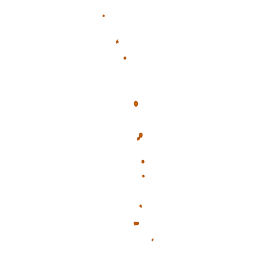 Northern Islands, Northern Islands, Northern Mariana Islands (Natural Earth projection)
{"feature_id": "39175420B77088391070908", "entity_name": "Northern Islands", "entity_type": "district", "adm_level": 2, "iso_a3": "MNP", "parent_name": "Northern Mariana Islands", "parent_adm1": "Northern Islands", "projection": "natural_earth1", "projection_center": [145.647, 18.28], "detail": "fine", "context": "isolated", "style": "filled", "palette": "amber", "viewbox_px": 256, "rotation_deg": 0, "n_neighbors": 0, "source": "geoboundaries", "source_scale": "gbopen_adm2", "svg_char_len": 3344}
<svg xmlns="http://www.w3.org/2000/svg" viewBox="0 0 256 256"><path d="M137.7,139.5L137.8,139.7L138.0,139.6L138.3,139.5L138.5,139.4L138.8,139.2L139.0,139.0L139.1,138.7L139.2,138.4L139.4,137.9L139.5,137.8L139.9,137.2L140.0,136.9L140.4,136.7L140.5,136.6L140.9,136.5L141.1,136.6L141.2,136.8L141.3,136.8L141.3,136.6L141.5,136.4L141.7,136.0L141.7,135.8L141.9,135.3L141.9,135.0L141.9,134.9L141.8,134.5L141.8,134.1L141.6,133.9L141.3,133.7L141.1,133.7L140.7,133.5L140.3,133.6L140.0,133.8L139.8,134.0L139.7,134.2L139.7,134.5L139.7,134.8L139.8,134.8L139.9,135.2L139.9,135.3L139.9,135.5L139.8,135.8L139.8,136.1L139.8,136.5L139.8,136.8L139.7,137.0L139.3,137.3L139.2,137.4L138.9,137.7L138.6,137.7L138.3,137.8L138.0,138.1L137.9,138.5L137.8,138.8L137.9,139.0L137.8,139.4L137.7,139.4L137.7,139.5ZM134.6,103.3L134.6,103.5L134.7,103.8L134.7,104.0L134.8,104.2L134.8,104.4L134.8,104.6L135.0,104.7L135.1,104.9L135.1,105.0L135.3,105.3L135.3,105.5L135.5,105.6L135.7,105.8L135.8,105.9L136.0,106.0L136.1,105.8L136.1,105.7L136.3,105.4L136.5,105.4L136.8,105.3L136.9,105.2L137.0,105.1L137.0,104.8L137.0,104.7L137.0,104.4L137.3,104.3L137.3,104.2L137.3,103.8L137.3,103.7L137.3,103.3L137.2,103.2L137.2,102.9L137.1,102.7L136.9,102.5L136.6,102.3L136.5,102.1L136.4,101.9L136.2,101.9L135.9,101.8L135.9,101.7L135.7,101.6L135.3,101.7L135.2,101.9L135.2,102.0L134.9,102.4L134.9,102.5L134.8,102.9L134.7,103.1L134.7,103.3L134.6,103.3ZM134.5,222.8L134.6,223.0L134.5,223.4L134.5,223.5L134.7,223.8L134.8,224.1L135.0,224.1L135.1,224.4L135.1,224.5L135.3,224.4L135.5,224.3L135.8,224.4L136.0,224.3L136.4,224.3L136.5,224.4L136.8,224.4L137.1,224.3L137.4,224.4L137.6,224.3L137.8,224.3L137.9,224.2L138.0,224.1L138.1,223.9L138.2,223.7L138.3,223.5L138.3,223.4L138.3,223.1L138.2,223.1L137.8,222.8L137.8,222.7L137.7,222.7L137.4,222.6L137.2,222.7L136.5,222.7L136.1,222.6L135.8,222.6L135.7,222.6L135.4,222.6L135.2,222.6L134.9,222.7L134.7,222.6L134.5,222.8ZM142.2,161.5L142.2,162.1L142.3,162.3L142.5,162.4L142.6,162.6L142.9,162.7L143.1,162.7L143.3,162.5L143.4,162.4L143.6,162.2L143.7,161.8L143.7,161.6L143.6,161.3L143.5,161.2L143.4,161.1L143.2,161.0L143.2,160.9L143.2,160.7L142.8,160.7L142.6,160.7L142.6,160.8L142.4,160.9L142.3,161.2L142.3,161.3L142.2,161.4L142.2,161.5ZM124.3,58.1L124.3,58.4L124.5,58.7L124.8,58.9L125.0,58.9L125.2,58.7L125.4,58.5L125.5,58.3L125.5,58.1L125.4,57.6L125.2,57.4L124.8,57.3L124.7,57.4L124.4,57.7L124.3,58.1ZM142.9,175.9L142.9,176.0L142.9,176.4L143.0,176.5L143.3,176.7L143.5,176.6L143.6,176.4L143.6,176.2L143.8,176.1L143.7,176.0L143.6,175.9L143.6,175.7L143.3,175.5L143.2,175.5L142.9,175.7L142.9,175.9ZM140.1,206.0L140.3,206.2L140.4,206.3L140.5,206.6L140.8,206.6L141.0,206.7L141.0,206.4L141.1,206.1L141.0,205.8L141.0,205.7L140.9,205.6L140.7,205.4L140.6,205.5L140.4,205.7L140.2,205.8L140.1,206.0ZM103.3,15.8L103.3,16.0L103.5,16.2L103.8,16.2L103.9,15.9L104.0,15.8L104.0,15.7L103.9,15.6L103.7,15.5L103.6,15.4L103.4,15.5L103.3,15.8L103.3,15.8ZM117.6,42.2L117.8,42.1L118.0,41.9L118.0,41.7L117.9,41.6L117.8,41.4L117.8,41.5L117.7,41.6L117.7,41.8L117.6,42.0L117.6,42.2ZM152.1,240.6L152.3,240.5L152.3,240.3L152.4,240.2L152.5,240.1L152.7,239.8L152.7,239.7L152.4,240.0L152.2,240.2L152.2,240.5L152.1,240.6ZM116.7,41.8L116.7,42.0L116.8,42.1L117.0,42.2L117.0,42.3L117.1,42.2L116.9,41.9L116.8,41.7L116.9,41.3L116.7,41.5L116.7,41.8Z" fill="#f59e0b" stroke="#b45309" stroke-width="1.5"/></svg>